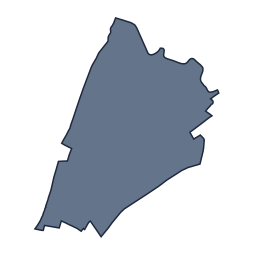 Ben Tre, Bến Tre, Vietnam, rotated 272°
{"feature_id": "81297802B1495670326955", "entity_name": "Ben Tre", "entity_type": "district", "adm_level": 2, "iso_a3": "VNM", "parent_name": "Vietnam", "parent_adm1": "Bến Tre", "projection": "mercator", "projection_center": [106.381, 10.237], "detail": "fine", "context": "isolated", "style": "filled", "palette": "slate", "viewbox_px": 256, "rotation_deg": 272, "n_neighbors": 0, "source": "geoboundaries", "source_scale": "gbopen_adm2", "svg_char_len": 3286}
<svg xmlns="http://www.w3.org/2000/svg" viewBox="0 0 256 256"><g transform="rotate(272 128 128)"><path d="M237.6,111.8L235.0,110.9L232.8,110.2L231.5,109.6L230.1,108.9L228.5,107.8L227.3,107.2L226.1,107.0L225.0,107.1L224.1,107.3L223.6,107.4L223.0,107.3L222.7,107.3L222.4,107.2L221.6,106.7L220.2,105.9L219.2,105.4L218.4,105.1L216.5,105.0L214.0,105.0L205.9,99.0L202.1,96.2L196.5,93.8L189.8,90.2L186.9,89.0L180.0,86.7L175.1,85.0L165.9,81.9L158.8,79.7L156.0,78.8L148.9,76.7L147.4,76.2L145.9,75.8L141.8,74.6L134.7,72.5L131.9,71.6L131.0,71.3L128.3,70.5L126.8,70.2L126.0,70.1L123.6,68.8L118.8,66.6L114.0,64.0L110.4,62.3L109.5,63.9L108.6,65.6L105.5,72.4L99.2,70.2L92.9,68.6L92.7,65.1L92.2,59.7L91.6,59.5L89.9,59.1L83.3,57.5L76.5,55.7L70.7,54.6L64.9,53.5L61.9,52.8L58.6,51.8L55.6,50.9L53.9,50.6L52.3,50.1L50.4,49.5L48.9,49.1L47.8,48.7L47.1,48.5L45.8,48.6L45.7,48.3L44.9,47.9L44.0,47.7L43.0,47.6L42.2,47.3L41.1,46.8L39.7,46.3L38.6,46.1L36.9,45.5L35.3,44.7L34.4,44.4L33.6,44.2L32.4,43.6L30.7,42.7L27.7,41.0L25.6,39.6L23.9,38.5L22.7,45.3L22.7,46.9L25.6,47.5L27.7,48.0L27.1,52.6L25.7,62.7L27.8,63.3L32.8,64.6L30.8,69.4L29.8,71.5L28.9,73.7L26.8,78.5L26.1,80.1L25.8,80.8L24.9,82.1L23.2,84.8L25.9,86.8L25.2,87.8L25.0,88.2L30.7,91.1L32.3,92.1L33.7,93.6L24.4,100.5L19.2,104.3L18.4,104.9L27.4,111.8L32.8,115.4L38.5,119.8L43.2,123.4L47.0,127.1L64.2,151.5L69.5,158.8L70.1,159.7L73.3,163.7L77.1,168.3L87.5,183.3L90.6,189.4L94.5,201.2L104.2,203.2L108.3,204.0L111.5,204.3L114.4,204.4L116.0,204.5L118.8,204.6L119.4,204.4L120.3,203.8L120.6,203.5L120.9,203.2L121.9,202.1L122.9,201.1L123.4,200.6L123.5,200.5L122.2,198.6L120.4,195.7L119.2,194.1L125.9,190.0L131.3,196.7L136.9,203.6L140.1,207.4L141.4,209.0L142.1,210.0L142.9,211.3L143.1,211.5L144.5,209.7L147.5,205.0L150.3,207.0L150.6,207.3L151.6,208.2L152.9,209.3L153.8,210.0L154.4,210.3L154.7,210.5L154.8,210.8L154.9,211.1L155.0,211.5L155.4,211.8L155.7,211.9L156.5,212.1L157.1,212.1L157.6,212.0L158.3,211.6L159.0,210.9L159.6,209.9L160.0,209.5L160.2,209.4L160.4,209.6L160.6,210.2L161.0,210.9L161.4,211.3L161.7,211.6L162.8,213.0L166.1,217.5L168.2,216.6L169.1,216.1L169.2,215.8L169.1,215.7L168.5,214.6L167.2,211.7L166.7,209.2L166.7,208.1L167.1,207.2L168.6,206.0L169.4,205.6L169.6,205.5L170.0,205.3L170.8,204.8L171.5,204.3L172.0,203.9L172.3,203.5L172.9,202.7L173.3,202.2L174.6,201.3L175.9,200.1L177.3,199.2L178.5,198.8L179.7,198.7L181.0,198.8L182.3,199.1L183.7,199.5L185.6,200.2L187.3,200.7L188.5,200.8L189.5,200.8L190.2,200.8L190.7,200.7L191.3,200.3L192.0,199.8L193.4,198.4L194.5,197.1L196.3,194.7L197.9,192.9L198.6,192.2L199.2,191.3L199.5,190.7L199.6,190.2L199.7,189.8L199.6,189.0L199.4,188.4L199.0,187.7L197.9,186.6L196.0,185.2L195.0,184.2L194.6,183.6L194.2,182.5L194.1,180.8L194.1,179.6L194.5,178.1L195.0,176.3L195.9,173.7L196.8,171.2L197.5,168.6L197.6,168.2L198.1,166.5L198.4,165.2L198.9,164.1L199.4,162.8L200.0,162.1L200.5,161.6L200.9,161.3L201.4,161.2L202.2,161.1L203.0,161.1L203.9,161.2L204.8,161.3L206.0,161.4L206.7,161.5L207.4,161.3L208.0,161.0L208.7,160.3L208.9,159.2L208.9,157.5L207.0,156.5L205.9,155.6L204.4,154.1L202.8,151.5L202.3,150.5L202.3,150.3L201.9,148.3L202.4,146.4L203.2,145.6L204.4,144.9L207.3,143.5L227.4,133.7L229.5,132.5L231.2,131.2L231.8,130.2L232.9,128.3L233.6,126.5L237.6,111.8Z" fill="#64748b" stroke="#1e293b" stroke-width="1.5"/></g></svg>